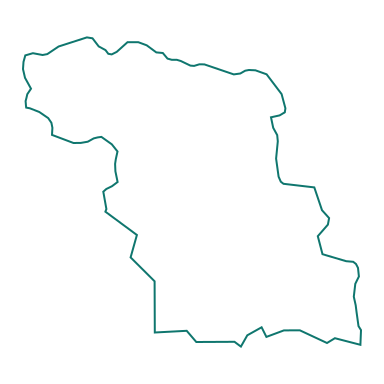 outline of Hrazdan, Kotayk, Armenia
{"feature_id": "60910142B58018566981737", "entity_name": "Hrazdan", "entity_type": "district", "adm_level": 2, "iso_a3": "ARM", "parent_name": "Armenia", "parent_adm1": "Kotayk", "projection": "orthographic", "projection_center": [44.645, 40.538], "detail": "fine", "context": "isolated", "style": "outline", "palette": "teal", "viewbox_px": 384, "rotation_deg": 0, "n_neighbors": 0, "source": "geoboundaries", "source_scale": "gbopen_adm2", "svg_char_len": 1379}
<svg xmlns="http://www.w3.org/2000/svg" viewBox="0 0 384 384"><path d="M25.3,55.4L23.5,61.9L23.0,69.1L25.0,77.8L31.0,88.7L27.3,94.2L26.4,98.1L25.6,101.1L26.0,106.1L26.2,107.6L29.9,108.3L39.3,112.0L48.2,118.1L51.4,122.8L52.4,127.8L52.0,134.9L73.5,143.0L80.9,142.9L87.8,141.7L93.7,138.4L97.7,137.4L101.4,136.9L111.8,144.3L117.5,151.5L115.8,159.2L115.1,163.9L115.4,171.3L117.6,182.0L112.0,186.2L106.3,189.0L103.3,191.7L106.4,209.1L106.0,210.0L105.4,211.7L136.9,235.0L130.6,257.4L154.6,281.3L154.8,332.5L186.7,330.8L196.3,342.0L234.5,341.8L240.9,346.6L247.3,335.3L261.6,327.3L266.4,336.9L283.9,330.4L299.8,330.3L327.0,343.0L334.9,338.2L360.4,344.8L361.0,330.1L358.5,326.1L356.5,311.7L355.7,305.3L353.8,296.7L355.3,283.8L358.9,276.5L358.0,267.9L356.0,264.0L353.2,261.8L346.2,261.2L322.5,254.2L317.8,236.2L327.9,224.6L329.1,218.1L322.0,210.2L314.3,187.4L283.5,183.8L280.8,181.7L278.6,176.7L276.1,158.6L277.8,141.3L277.2,135.1L273.2,127.8L271.0,117.3L279.6,115.4L284.8,112.3L285.4,108.3L281.6,94.1L266.6,74.3L255.4,70.3L248.9,70.0L245.2,70.7L240.3,73.5L233.8,74.4L204.4,64.4L199.4,64.3L194.1,65.9L190.4,65.6L180.8,61.0L176.8,59.8L171.8,59.8L167.5,58.6L162.8,53.0L156.3,52.4L146.7,45.3L138.3,42.2L127.5,42.2L116.7,51.9L111.7,54.4L108.3,53.8L105.5,50.1L98.7,46.4L92.5,38.3L86.9,37.4L58.6,46.5L47.3,54.1L42.6,55.0L32.9,53.2L25.3,55.4Z" fill="none" stroke="#0f766e" stroke-width="2"/></svg>